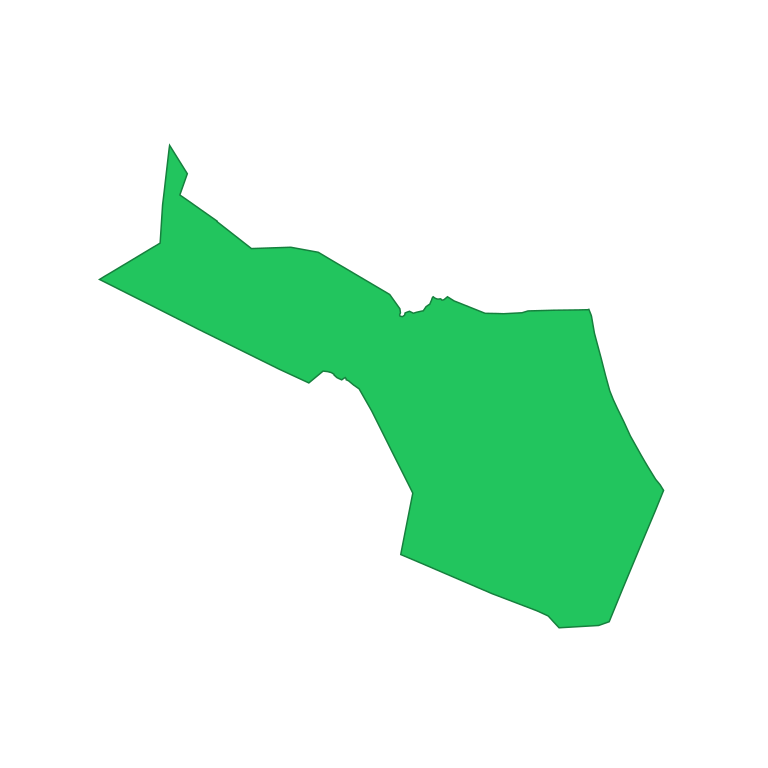 outline of Ad Damar, River Nile, Sudan, rotated 24°
{"feature_id": "16777658B48152145505779", "entity_name": "Ad Damar", "entity_type": "district", "adm_level": 2, "iso_a3": "SDN", "parent_name": "Sudan", "parent_adm1": "River Nile", "projection": "orthographic", "projection_center": [33.881, 17.119], "detail": "fine", "context": "isolated", "style": "filled", "palette": "green", "viewbox_px": 768, "rotation_deg": 24, "n_neighbors": 0, "source": "geoboundaries", "source_scale": "gbopen_adm2", "svg_char_len": 1956}
<svg xmlns="http://www.w3.org/2000/svg" viewBox="0 0 768 768"><g transform="rotate(24 384 384)"><path d="M81.6,404.2L92.6,404.7L97.1,404.9L105.1,405.3L142.2,407.0L192.2,409.5L282.2,413.1L314.9,413.6L323.1,397.0L327.5,395.6L331.2,395.0L334.5,395.5L334.7,396.1L336.8,396.8L338.3,397.3L340.2,397.4L341.1,397.4L342.8,397.4L343.7,397.4L345.0,395.2L345.9,393.9L347.3,394.6L347.7,395.5L350.3,395.5L356.6,397.3L363.3,398.6L383.7,413.6L413.1,437.8L417.8,441.7L449.2,467.4L454.7,472.0L464.0,512.8L468.2,531.1L468.7,533.0L491.0,532.6L568.1,531.6L615.8,529.0L627.6,529.1L628.5,529.2L635.8,532.4L643.1,535.5L678.3,517.3L686.4,509.6L685.3,473.3L684.1,423.0L683.4,389.2L682.8,371.0L682.7,367.5L677.3,363.8L670.9,360.6L658.8,352.3L653.7,348.7L647.8,344.4L630.1,331.2L618.2,320.7L607.1,311.4L600.0,305.2L593.0,298.4L582.9,286.1L572.1,272.4L559.2,256.5L555.5,251.9L547.8,240.4L546.2,238.0L545.4,237.0L544.2,235.8L540.8,232.5L540.7,232.6L539.7,233.4L536.0,235.1L532.9,236.6L509.0,247.6L485.8,258.7L481.1,262.8L464.6,271.2L458.7,273.6L447.6,278.3L421.4,279.3L420.9,279.3L414.4,279.6L406.5,278.5L405.3,280.9L404.4,282.7L402.9,283.8L402.1,283.6L401.5,283.2L400.7,283.3L399.9,283.9L398.8,284.5L398.0,284.7L397.1,284.8L395.7,284.8L394.9,284.7L393.5,284.3L393.2,284.8L393.1,285.6L393.1,286.2L393.3,287.8L393.3,290.2L393.4,292.3L391.0,296.1L390.1,301.2L389.3,301.7L387.5,303.0L384.2,305.5L382.1,307.4L377.7,307.2L375.8,309.0L374.4,310.5L374.7,312.1L374.8,312.8L373.9,314.3L373.4,315.0L371.1,315.5L370.2,314.6L370.0,313.4L370.1,312.3L367.9,308.8L352.8,299.9L282.9,291.9L270.4,290.4L243.2,297.0L207.8,314.2L165.4,303.6L165.4,303.1L145.0,299.1L129.9,296.1L121.3,294.5L120.6,294.3L118.8,271.9L91.1,253.2L92.0,256.4L95.6,267.9L99.2,279.4L104.8,297.2L108.9,310.5L111.8,318.3L122.1,346.1L122.2,346.3L115.7,355.5L113.4,358.8L111.7,361.2L102.4,374.5L99.4,378.8L97.7,381.2L97.4,381.6L88.3,394.6L85.2,398.9L81.6,404.2L81.6,404.2Z" fill="#22c55e" stroke="#15803d" stroke-width="1.5"/></g></svg>